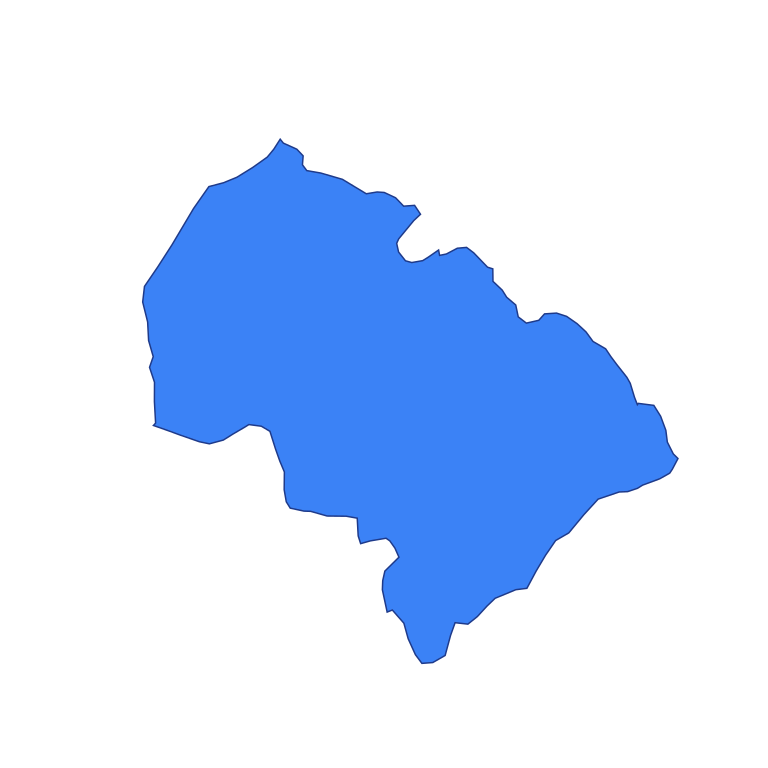 the district of Anglisides, Larnaca, Cyprus, rotated 328°
{"feature_id": "46923920B38878659010420", "entity_name": "Anglisides", "entity_type": "district", "adm_level": 2, "iso_a3": "CYP", "parent_name": "Cyprus", "parent_adm1": "Larnaca", "projection": "natural_earth1", "projection_center": [33.461, 34.857], "detail": "fine", "context": "isolated", "style": "filled", "palette": "blue", "viewbox_px": 768, "rotation_deg": 328, "n_neighbors": 0, "source": "geoboundaries", "source_scale": "gbopen_adm2", "svg_char_len": 1875}
<svg xmlns="http://www.w3.org/2000/svg" viewBox="0 0 768 768"><g transform="rotate(328 384 384)"><path d="M166.5,297.0L177.1,310.3L184.4,319.7L196.8,335.1L204.2,342.2L218.0,346.4L229.5,346.4L243.3,346.8L247.9,346.8L257.6,354.8L262.2,363.7L257.6,381.5L254.8,394.1L252.9,405.8L243.3,420.8L238.7,432.1L238.7,439.6L248.8,449.4L254.3,453.1L265.8,465.8L281.9,476.1L290.2,483.6L281.9,498.6L281.5,499.5L279.6,507.0L289.3,509.8L304.0,515.9L305.8,520.1L306.3,529.0L304.9,538.8L285.6,543.1L278.7,550.1L273.6,557.6L265.8,579.1L271.3,580.1L274.1,597.4L269.5,612.9L267.2,630.2L268.1,641.0L277.8,646.1L278.5,646.1L292.0,646.6L307.2,632.5L317.8,624.1L327.9,632.1L339.9,630.7L353.7,626.9L364.7,624.6L386.8,628.3L396.9,633.0L414.0,623.2L430.5,614.7L435.4,612.6L446.6,607.7L461.8,608.2L484.4,600.7L504.6,595.1L526.2,600.2L533.6,604.4L543.7,606.8L549.7,606.8L567.6,610.5L579.1,611.0L583.3,609.1L593.8,603.0L592.3,596.6L593.5,583.4L598.5,572.6L601.5,558.0L601.5,545.1L589.4,535.2L587.9,535.8L589.4,528.0L593.2,513.9L593.5,507.0L591.7,490.5L590.9,480.9L590.6,471.6L583.8,458.7L582.9,446.8L579.7,435.1L574.7,423.4L567.9,415.3L557.3,409.6L549.0,412.0L537.0,407.8L533.4,398.2L537.6,386.8L534.0,375.4L534.0,367.0L530.8,354.7L537.3,344.0L533.7,339.8L529.6,320.3L526.4,311.9L518.1,307.7L505.8,306.8L499.3,304.4L501.3,299.3L488.7,299.9L482.2,299.9L471.9,295.7L467.5,290.9L466.3,279.8L469.3,271.4L473.4,268.7L495.8,261.2L504.9,259.4L504.6,248.7L494.9,243.6L492.5,232.2L485.7,221.7L479.9,217.5L469.8,213.3L462.8,199.5L457.2,188.4L442.2,171.6L431.6,162.1L431.0,154.9L436.3,147.7L434.5,138.7L426.3,126.4L425.7,121.4L414.9,126.5L405.3,129.7L387.3,130.8L368.7,130.7L354.6,128.3L340.1,123.8L315.6,134.2L278.0,153.6L254.0,164.9L232.6,174.3L222.8,186.6L216.4,206.2L207.4,222.4L202.8,238.5L194.0,245.6L190.3,260.9L180.0,277.2L169.6,296.1L166.5,297.0Z" fill="#3b82f6" stroke="#1e3a8a" stroke-width="1.5"/></g></svg>